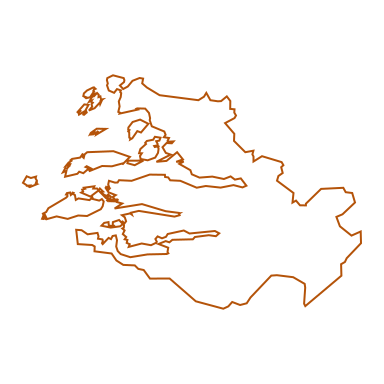 Meløy nor, Nordland, Norway
{"feature_id": "86288312B75314465532393", "entity_name": "Meløy nor", "entity_type": "district", "adm_level": 2, "iso_a3": "NOR", "parent_name": "Norway", "parent_adm1": "Nordland", "projection": "mercator", "projection_center": [13.563, 66.788], "detail": "fine", "context": "isolated", "style": "outline", "palette": "amber", "viewbox_px": 384, "rotation_deg": 0, "n_neighbors": 0, "source": "geoboundaries", "source_scale": "gbopen_adm2", "svg_char_len": 5901}
<svg xmlns="http://www.w3.org/2000/svg" viewBox="0 0 384 384"><path d="M195.8,301.3L223.3,308.7L228.3,306.4L232.2,302.0L240.1,305.0L246.7,303.3L250.5,297.5L271.3,275.6L276.9,275.2L293.2,277.2L304.7,283.9L305.2,287.7L304.1,303.7L305.3,306.1L341.4,275.7L341.1,264.2L344.9,262.0L346.7,258.2L361.0,243.2L360.7,231.5L351.5,235.6L339.9,226.3L336.4,216.9L342.5,214.3L355.0,202.5L352.2,193.0L345.7,192.2L343.3,187.8L321.1,188.9L305.9,203.7L305.9,205.4L300.0,205.3L296.0,200.6L292.5,202.6L293.5,193.0L277.0,180.7L278.4,176.0L282.7,173.0L281.2,167.2L283.4,165.2L281.6,162.1L262.0,156.2L253.5,161.5L253.5,156.5L252.4,154.4L253.4,150.7L245.3,152.2L234.0,140.9L234.3,133.8L225.1,123.1L234.5,118.1L236.0,115.5L234.3,112.6L234.5,109.3L230.2,108.9L230.3,101.0L226.8,96.4L221.1,101.1L217.9,101.3L210.4,100.2L206.3,92.9L204.0,96.7L198.4,100.2L159.6,95.2L146.9,87.5L142.2,83.4L143.1,78.6L139.6,78.0L132.5,80.8L127.8,86.5L123.2,89.0L119.9,85.5L124.0,82.1L124.4,80.2L123.7,78.1L113.0,75.3L107.3,78.1L106.9,80.1L107.8,83.5L107.0,85.3L108.8,90.5L114.1,92.8L117.0,89.1L120.9,90.4L120.2,92.0L121.2,93.1L120.7,97.1L118.8,101.4L119.6,106.4L118.3,111.9L120.0,112.7L119.6,113.6L137.7,109.6L136.5,108.7L137.2,108.4L145.2,108.6L149.0,113.0L150.1,118.2L149.7,120.1L151.8,126.3L164.3,131.5L165.6,134.8L163.9,137.2L169.0,138.0L167.5,141.0L168.1,141.7L173.5,141.4L171.8,143.3L166.6,143.0L162.5,147.2L165.8,152.9L170.7,154.6L156.4,161.8L166.5,160.9L177.1,152.2L182.9,159.4L176.2,161.8L183.7,161.5L179.3,163.9L190.4,170.2L191.8,174.3L199.5,177.6L212.3,176.6L223.9,179.0L230.6,176.4L234.9,179.6L240.8,178.4L246.4,185.7L242.5,187.4L233.5,185.1L220.6,187.6L205.8,186.0L196.7,187.7L180.3,180.8L170.2,180.3L168.2,177.4L165.1,177.0L164.9,174.8L149.7,174.6L131.6,180.8L119.0,180.2L117.6,182.5L114.9,182.6L109.0,180.8L108.2,184.4L109.1,187.1L108.9,187.3L108.1,186.8L107.8,186.7L107.6,186.9L109.8,188.3L108.6,189.7L106.1,187.0L105.6,187.9L108.5,192.3L115.7,195.1L112.7,197.0L115.4,199.8L110.4,199.5L110.1,201.2L116.2,201.4L117.1,199.4L117.7,199.7L117.0,202.1L122.2,203.5L114.6,208.5L142.0,204.1L165.7,211.2L179.7,213.0L178.6,213.4L179.7,213.3L179.0,213.8L179.6,215.2L174.5,216.6L138.8,210.9L131.0,212.7L131.8,214.6L130.1,213.4L122.0,215.2L124.8,217.3L126.1,221.3L124.5,223.4L121.9,220.9L124.0,225.4L123.8,227.7L122.3,228.5L124.6,230.4L122.8,234.1L126.2,237.0L124.7,239.3L127.4,239.9L126.7,242.9L129.7,244.2L128.7,246.9L141.7,243.5L151.0,245.2L156.3,242.7L156.8,241.8L155.4,239.0L157.6,236.4L162.0,238.3L166.0,236.8L167.7,234.0L183.8,230.5L189.5,233.5L214.9,231.0L219.2,233.3L215.9,236.2L208.8,235.2L194.9,237.0L192.9,239.3L172.4,239.8L169.4,242.3L165.7,241.1L158.5,244.0L168.2,247.7L167.5,252.1L168.3,253.3L166.7,254.0L147.6,254.4L130.3,257.2L120.7,254.1L117.7,251.0L116.2,246.5L117.0,240.3L115.8,235.4L112.6,236.0L111.0,239.1L108.6,237.9L102.7,244.1L102.0,243.2L102.8,241.0L102.6,239.7L102.4,239.4L98.0,238.7L98.5,236.3L97.5,232.9L87.6,234.3L81.6,230.2L76.2,229.8L77.8,244.1L92.2,245.0L94.7,246.5L94.5,251.3L111.6,253.5L116.4,260.5L123.3,264.9L134.8,265.4L138.3,268.9L143.7,270.0L150.0,278.6L169.6,278.5L195.8,301.3ZM73.5,192.9L71.8,192.4L72.9,193.3L70.8,195.0L70.1,192.5L66.9,193.1L66.1,194.5L67.4,194.6L67.4,196.4L66.1,197.7L48.4,208.2L46.2,212.0L43.0,213.6L43.8,214.7L42.1,218.8L43.5,219.0L44.6,216.0L43.7,215.1L44.8,214.6L46.5,218.1L45.0,218.6L46.2,219.3L56.6,216.4L67.7,218.9L78.2,215.5L87.1,216.0L100.8,209.2L102.7,206.2L103.7,201.4L101.9,199.1L99.2,200.6L92.4,198.9L92.6,198.1L92.4,197.5L89.5,200.1L78.5,198.4L75.8,199.9L74.9,195.0L72.8,193.9L73.5,192.9ZM113.4,151.2L87.2,152.2L84.6,154.4L83.7,157.9L82.6,156.9L82.9,155.1L82.7,154.3L82.5,154.2L80.1,157.6L72.1,158.9L69.8,160.8L72.3,160.2L69.1,162.5L69.9,163.9L69.8,164.5L68.4,162.8L65.8,166.0L70.0,164.7L69.5,165.7L66.9,168.6L65.4,168.0L63.0,172.3L66.4,170.9L65.1,176.7L77.4,173.8L79.2,171.7L83.3,173.2L88.9,168.4L85.6,167.0L86.7,166.2L91.1,168.5L89.0,169.9L89.7,171.0L102.1,166.0L111.9,166.3L123.7,163.1L122.4,163.8L122.9,164.0L129.9,156.9L113.4,151.2ZM160.5,137.7L154.9,136.8L153.2,139.7L146.8,141.0L145.2,142.9L146.0,144.0L140.4,149.0L139.1,153.2L141.8,153.3L140.0,156.0L140.6,159.0L147.7,160.3L155.2,157.6L158.0,152.9L158.6,148.7L157.9,147.1L159.3,146.1L154.8,147.0L154.2,146.0L157.4,145.4L157.7,144.1L156.2,141.2L159.4,140.6L160.5,137.7ZM140.1,119.6L132.6,122.0L128.4,127.5L128.2,129.7L129.4,130.1L128.3,131.5L129.2,132.2L129.3,137.6L130.5,138.3L130.2,139.5L132.3,138.3L137.3,131.1L141.0,132.5L148.4,123.8L140.1,119.6ZM94.3,186.3L84.0,187.7L85.0,188.8L82.2,189.6L83.1,191.5L81.2,192.6L92.3,197.4L91.5,195.8L98.5,190.5L105.9,198.0L108.2,198.4L107.0,200.3L108.0,201.1L111.0,196.9L108.2,194.5L107.4,195.3L108.8,196.9L104.0,194.7L100.9,192.0L103.1,191.6L99.9,188.5L98.7,190.4L97.1,188.5L93.3,188.5L94.3,186.3ZM97.1,93.0L93.9,96.3L92.5,96.1L94.6,93.6L93.3,93.8L90.6,97.0L93.0,96.6L90.0,97.4L91.4,98.1L89.1,101.8L91.6,100.7L90.9,101.7L92.8,102.7L91.5,104.2L92.2,106.6L88.9,110.5L94.6,108.2L99.9,102.5L100.2,104.1L101.6,101.0L99.8,101.5L102.7,99.3L101.0,99.5L100.4,96.4L98.5,97.1L98.7,94.7L97.1,93.0ZM26.7,176.3L23.0,182.8L26.8,185.3L25.9,185.8L30.0,185.5L29.0,186.7L29.8,187.1L37.1,184.1L35.7,183.5L36.3,181.9L36.8,183.3L36.9,180.6L35.5,178.4L36.0,176.6L30.9,178.0L26.7,176.3ZM119.1,220.0L112.9,222.1L112.7,225.3L113.7,225.6L113.1,226.2L108.8,225.5L108.5,222.1L104.2,222.9L101.5,225.7L110.7,227.6L120.1,226.3L122.8,224.1L119.1,220.0ZM94.7,87.3L93.1,87.5L87.0,90.5L83.9,93.4L83.3,96.1L86.9,97.5L85.5,97.7L86.1,98.2L90.0,97.3L94.0,91.4L93.3,90.9L93.9,89.5L95.5,88.8L94.1,87.6L94.7,87.3ZM143.4,160.6L127.9,160.7L127.4,163.2L134.7,165.2L143.4,160.6ZM88.5,104.9L84.3,104.4L76.9,112.8L79.5,110.5L80.4,111.0L78.6,112.6L79.0,114.6L85.0,111.0L83.3,114.5L84.0,114.8L86.7,112.5L85.7,109.9L88.5,104.9ZM105.9,128.9L96.8,128.7L90.8,132.9L90.2,134.1L93.7,132.1L91.3,134.5L93.5,134.3L94.4,132.8L95.6,131.6L94.5,134.4L98.2,131.0L96.5,134.5L105.9,128.9Z" fill="none" stroke="#b45309" stroke-width="2"/></svg>